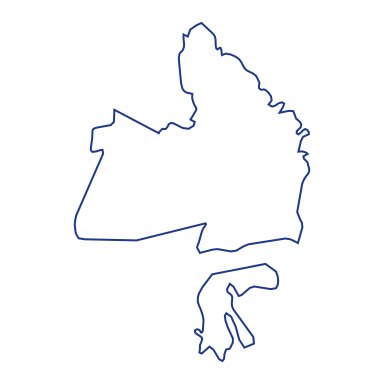 an SVG outline of Sirdaryo
{"feature_id": "UZB-371", "entity_name": "Sirdaryo", "entity_type": "Region", "adm_level": 1, "iso_a3": "UZB", "parent_name": "Uzbekistan", "parent_adm1": "", "projection": "mercator", "projection_center": [68.713, 40.386], "detail": "fine", "context": "isolated", "style": "outline", "palette": "blue", "viewbox_px": 384, "rotation_deg": 0, "n_neighbors": 0, "source": "natural_earth", "source_scale": "10m", "svg_char_len": 3400}
<svg xmlns="http://www.w3.org/2000/svg" viewBox="0 0 384 384"><path d="M297.9,243.0L290.7,239.4L285.5,238.5L248.5,244.3L244.0,246.1L236.1,250.7L230.8,251.4L217.6,249.1L212.6,249.6L199.9,252.9L199.8,252.7L197.0,247.5L197.8,244.9L198.7,242.8L201.9,231.5L202.8,229.3L203.7,227.7L204.8,226.3L206.0,224.2L205.8,223.5L204.8,223.5L136.6,240.4L85.0,239.3L78.7,238.3L77.9,237.1L76.5,234.8L75.6,232.4L74.7,224.3L75.3,219.6L76.2,215.5L103.1,153.7L102.5,149.9L100.3,150.1L96.3,151.4L92.4,151.9L91.2,150.8L90.7,149.2L92.2,138.1L92.5,131.0L93.0,129.4L94.1,128.6L95.4,128.0L98.3,127.3L110.8,125.1L113.9,121.9L114.4,109.8L132.0,119.1L158.8,133.2L159.1,132.5L159.5,131.7L160.9,130.3L162.3,128.9L164.0,129.0L165.7,129.0L166.6,128.0L167.4,126.9L168.1,125.6L168.7,124.3L169.8,123.6L170.8,122.9L172.1,123.1L173.5,123.4L178.0,125.6L182.5,127.9L185.6,128.4L188.6,128.8L191.0,127.3L193.4,125.9L194.2,123.9L194.8,122.0L192.6,120.8L190.5,119.6L193.2,115.1L196.0,110.5L196.2,109.5L196.4,108.5L195.5,106.8L194.5,105.2L193.7,103.3L193.0,101.5L192.6,99.6L192.1,97.7L192.3,95.8L192.3,93.9L189.5,93.2L186.6,92.6L185.5,91.9L184.4,91.3L183.5,90.1L182.5,88.9L181.8,86.1L181.1,83.3L179.9,70.7L178.8,58.1L179.2,55.8L179.6,53.5L180.2,52.8L180.9,52.0L181.6,51.4L182.3,50.9L183.1,49.2L183.8,47.5L184.0,46.0L184.1,44.6L183.8,41.2L183.5,37.8L183.5,36.2L183.6,34.5L184.1,34.8L184.6,35.1L185.6,35.5L186.7,35.9L187.2,36.3L187.7,36.6L189.0,33.1L190.2,29.6L193.4,27.4L196.6,25.2L201.5,23.0L213.0,33.7L214.8,36.3L215.5,39.3L215.8,46.5L216.4,48.7L217.6,49.4L219.6,47.9L220.6,47.9L221.3,49.9L222.0,55.1L225.7,53.6L230.7,54.5L235.7,56.7L239.1,59.2L241.1,61.9L243.8,67.0L245.5,69.3L247.0,70.5L253.1,73.6L255.6,75.5L256.8,77.1L259.1,82.0L259.4,83.3L258.9,86.8L259.1,88.1L260.7,89.6L262.2,89.7L263.9,89.4L265.5,90.0L268.6,92.8L271.1,96.5L271.6,100.6L268.6,104.5L272.1,106.6L275.3,105.6L278.5,103.4L281.9,102.3L284.1,103.5L283.2,106.6L279.6,112.7L289.2,110.8L293.4,111.2L296.1,118.6L300.2,122.1L301.3,124.9L300.5,127.5L296.8,131.1L296.7,133.3L298.4,134.4L300.7,132.7L303.1,130.3L305.3,129.0L307.3,130.0L308.8,132.1L308.9,134.2L303.1,136.8L300.9,141.0L298.4,151.7L300.9,151.4L303.4,151.6L305.6,152.4L307.7,153.9L303.4,156.3L303.9,158.7L306.3,161.0L307.7,162.9L308.1,165.3L309.0,168.0L309.3,170.6L308.4,173.2L305.2,177.5L303.9,179.7L302.6,182.7L302.0,184.8L297.2,212.1L300.5,220.3L301.9,222.8L302.4,227.2L299.1,239.0L297.9,242.9L297.9,243.0ZM265.4,263.9L276.0,271.6L277.5,275.7L278.2,280.3L277.8,284.6L276.0,288.2L270.8,289.1L254.3,286.5L249.7,288.0L241.6,295.0L238.7,296.0L233.5,286.7L229.9,283.8L227.0,289.2L227.5,291.9L231.5,295.2L232.3,297.4L231.8,303.5L232.1,306.3L233.3,309.3L253.3,337.0L254.0,343.6L244.4,347.6L239.2,339.6L235.7,326.7L231.1,316.6L226.3,313.3L224.8,315.6L225.6,321.1L227.8,327.5L232.9,338.4L232.8,342.6L230.0,348.3L229.2,348.9L226.8,349.3L226.0,349.7L224.4,354.2L224.4,354.6L224.4,356.1L223.9,359.0L222.4,361.0L219.3,359.4L213.3,349.5L209.5,346.6L201.8,353.5L199.4,352.5L199.9,349.5L200.0,344.9L201.2,342.3L201.9,340.2L202.2,338.5L201.6,337.4L200.4,336.4L196.4,333.8L195.3,332.8L194.9,331.6L195.0,330.4L196.9,329.3L198.3,329.5L199.5,330.2L200.4,331.4L201.1,332.6L201.9,332.4L202.8,330.9L203.5,321.1L203.3,318.3L203.0,316.7L202.2,313.8L200.4,308.5L199.9,307.4L199.7,307.2L199.0,305.5L198.1,302.8L197.8,301.1L197.8,299.1L198.0,296.9L198.9,293.6L202.4,287.2L212.2,274.3L265.4,263.9Z" fill="none" stroke="#1e3a8a" stroke-width="2"/></svg>